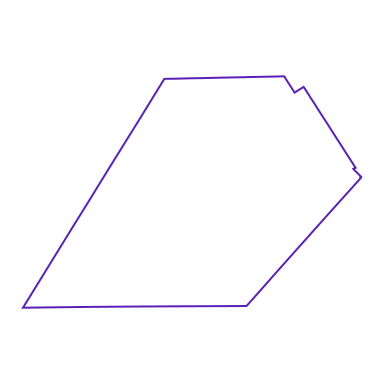 General López, Santa Fe, Argentina
{"feature_id": "61730980B94012431772813", "entity_name": "General López", "entity_type": "district", "adm_level": 2, "iso_a3": "ARG", "parent_name": "Argentina", "parent_adm1": "Santa Fe", "projection": "albers", "projection_center": [-61.54, -33.891], "detail": "fine", "context": "isolated", "style": "outline", "palette": "violet", "viewbox_px": 384, "rotation_deg": 0, "n_neighbors": 0, "source": "geoboundaries", "source_scale": "gbopen_adm2", "svg_char_len": 1373}
<svg xmlns="http://www.w3.org/2000/svg" viewBox="0 0 384 384"><path d="M227.7,306.1L246.5,306.0L259.8,291.1L270.4,279.1L273.7,275.3L287.5,259.8L320.8,222.5L326.7,215.9L360.6,178.2L360.9,177.9L360.6,177.6L360.3,177.3L360.7,176.9L361.0,176.6L357.7,173.3L357.6,173.2L356.5,172.1L354.1,169.8L353.7,169.3L353.5,169.2L353.3,168.9L355.3,167.9L355.6,167.8L354.4,166.0L353.5,164.6L351.3,161.1L347.0,154.5L346.9,154.3L346.6,153.9L343.3,148.7L343.0,148.3L343.0,148.2L342.7,147.7L341.9,146.5L340.4,144.1L339.1,142.1L338.3,140.8L338.1,140.6L336.7,138.4L335.6,136.7L334.5,135.0L334.4,134.9L333.7,133.7L333.2,132.9L331.8,130.8L330.9,129.4L329.7,127.5L329.6,127.4L329.4,127.0L328.3,125.3L328.1,124.9L323.2,117.4L322.9,117.0L322.9,116.9L322.8,116.7L318.7,110.4L318.0,109.2L317.4,108.4L317.3,108.1L316.2,106.4L313.8,102.6L310.6,97.8L309.4,95.8L306.6,91.4L305.7,90.1L305.2,89.2L304.8,88.6L303.6,86.9L300.1,89.1L298.5,90.1L296.9,91.2L294.6,92.6L293.5,90.8L287.9,82.2L285.5,78.4L285.4,78.2L284.5,76.8L284.2,76.3L283.9,76.3L277.9,76.5L246.3,77.1L245.9,77.2L232.9,77.4L198.3,78.2L198.0,78.2L195.1,78.2L182.4,78.5L175.7,78.7L167.4,78.8L164.6,78.9L164.3,78.9L138.5,120.9L115.2,158.3L96.3,188.9L92.3,195.5L86.8,204.4L85.3,206.8L79.9,215.5L74.4,224.3L23.0,307.7L89.8,306.9L140.7,306.5L140.9,306.5L179.8,306.3L226.7,306.1L227.4,306.1L227.7,306.1Z" fill="none" stroke="#5b21b6" stroke-width="2"/></svg>